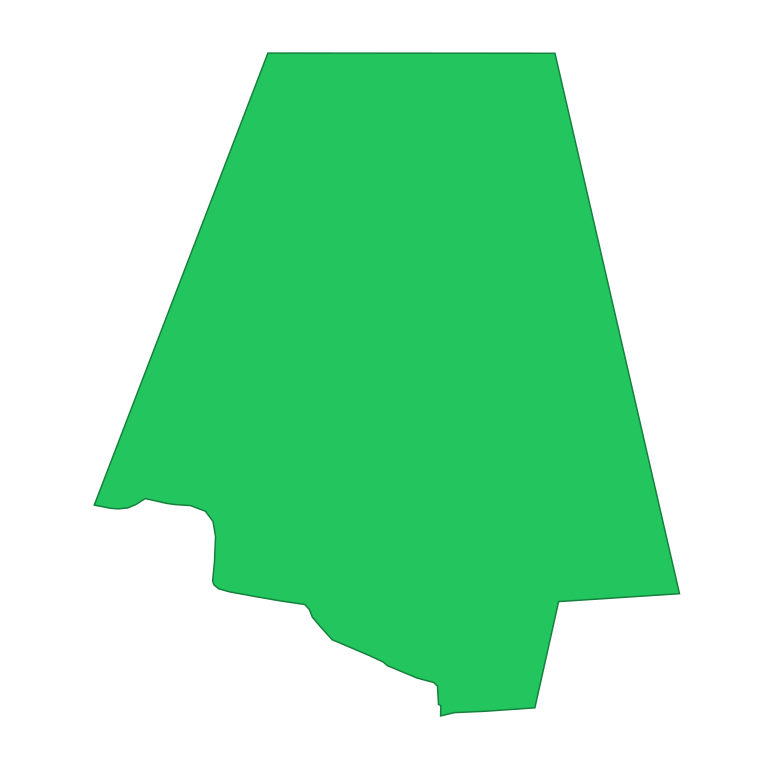 outline of Fond Gens Libre, Soufrière, Saint Lucia, rotated 89°
{"feature_id": "8701671B9474908465202", "entity_name": "Fond Gens Libre", "entity_type": "district", "adm_level": 2, "iso_a3": "LCA", "parent_name": "Saint Lucia", "parent_adm1": "Soufrière", "projection": "robinson", "projection_center": [-61.061, 13.808], "detail": "fine", "context": "isolated", "style": "filled", "palette": "green", "viewbox_px": 768, "rotation_deg": 89, "n_neighbors": 0, "source": "geoboundaries", "source_scale": "gbopen_adm2", "svg_char_len": 658}
<svg xmlns="http://www.w3.org/2000/svg" viewBox="0 0 768 768"><g transform="rotate(89 384 384)"><path d="M598.8,92.2L56.3,207.3L51.1,494.3L500.0,675.8L503.5,659.6L504.2,652.2L503.5,642.6L500.3,634.4L494.4,624.8L499.6,603.3L500.9,595.1L502.2,579.6L508.1,564.8L518.4,557.4L533.4,555.1L558.7,556.6L578.1,558.8L582.0,557.4L585.9,552.9L589.2,541.8L595.0,512.9L599.2,490.7L603.1,467.0L608.3,462.5L616.1,459.6L625.2,452.1L638.8,440.3L655.0,404.0L661.8,389.9L665.7,385.5L678.7,355.8L683.3,339.5L687.1,335.8L705.3,335.1L706.6,332.8L716.9,333.2L713.8,319.3L713.0,288.9L710.4,238.8L604.6,213.2L598.8,92.2Z" fill="#22c55e" stroke="#15803d" stroke-width="1.5"/></g></svg>